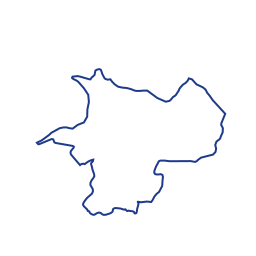 outline of Taraba, rotated 50°
{"feature_id": "NGA-2848", "entity_name": "Taraba", "entity_type": "State", "adm_level": 1, "iso_a3": "NGA", "parent_name": "Nigeria", "parent_adm1": "", "projection": "albers", "projection_center": [10.823, 8.016], "detail": "fine", "context": "isolated", "style": "outline", "palette": "blue", "viewbox_px": 256, "rotation_deg": 50, "n_neighbors": 0, "source": "natural_earth", "source_scale": "10m", "svg_char_len": 2800}
<svg xmlns="http://www.w3.org/2000/svg" viewBox="0 0 256 256"><g transform="rotate(50 128 128)"><path d="M199.6,157.8L196.5,160.8L193.3,165.7L192.2,166.7L191.3,167.4L190.9,167.9L191.2,168.2L192.4,168.4L193.2,169.1L195.8,172.9L197.8,175.1L198.5,176.4L198.0,177.6L197.5,177.8L197.1,177.7L196.6,177.5L196.0,177.4L195.3,177.7L194.7,178.0L192.5,180.1L191.7,180.6L191.5,181.1L191.4,181.6L191.1,182.0L190.8,182.1L189.9,182.2L189.4,182.3L188.8,182.2L188.6,182.3L188.4,182.6L188.2,183.3L188.0,183.5L184.9,185.5L181.7,188.5L180.8,189.8L180.5,191.2L180.8,192.0L182.0,193.3L182.2,194.3L182.1,195.7L181.7,197.1L180.2,200.7L179.0,202.4L177.6,203.2L175.5,203.5L174.1,204.6L173.3,206.4L173.0,208.6L172.7,209.8L171.6,210.8L170.3,211.4L169.0,211.7L168.4,211.7L167.2,211.4L166.7,211.4L166.5,211.5L165.9,212.0L165.6,212.1L165.2,212.1L164.6,211.7L164.3,211.6L162.8,211.8L159.5,212.1L158.1,211.9L157.2,211.1L156.2,208.6L155.3,204.5L155.2,202.4L155.2,200.3L155.1,197.8L154.1,195.7L152.3,194.3L147.4,193.4L145.7,191.7L144.6,189.3L144.1,186.9L143.3,184.8L141.5,183.6L137.2,182.0L133.5,180.1L132.1,179.6L131.2,178.8L130.9,176.2L129.9,175.0L129.2,176.5L128.5,178.4L128.1,180.4L127.8,184.4L127.5,184.6L127.2,184.7L126.9,184.9L126.3,185.8L125.8,186.5L125.6,187.4L125.6,188.6L112.0,188.7L110.6,188.3L109.5,187.4L108.9,186.4L108.2,182.5L107.7,181.6L107.0,181.5L105.8,182.2L92.9,193.1L91.6,193.6L90.6,193.3L89.6,192.8L88.3,192.7L87.3,193.8L83.3,206.5L83.2,206.7L82.6,207.2L80.7,207.2L82.0,202.1L82.6,193.1L82.4,189.8L84.2,180.6L85.8,177.5L87.9,174.8L90.6,172.9L92.9,170.8L93.3,164.5L95.4,158.2L93.1,152.0L87.7,147.2L83.0,141.3L77.0,137.1L69.0,136.2L60.9,136.4L58.9,136.8L55.3,138.4L53.7,138.7L53.0,137.5L55.9,133.2L57.8,131.7L65.4,126.6L66.5,125.7L66.3,124.3L65.9,123.3L66.0,122.3L65.9,119.6L63.1,116.1L63.3,114.5L63.9,113.1L64.7,111.9L66.0,111.4L68.6,112.3L69.8,112.9L71.3,113.2L72.9,113.6L74.4,113.9L75.9,113.8L78.0,112.4L79.4,110.2L82.3,110.4L86.2,110.1L90.0,109.0L93.4,106.4L96.5,103.3L100.0,100.8L103.7,98.8L105.2,97.5L107.9,94.2L109.1,92.3L111.7,89.2L123.8,86.3L132.1,82.2L133.9,78.8L133.8,76.7L133.2,73.4L133.5,71.8L133.5,70.3L132.0,65.2L131.2,63.8L130.7,62.2L130.1,58.2L130.5,54.8L130.2,52.0L129.1,49.5L131.9,47.7L138.5,47.5L145.0,44.5L148.4,43.9L152.0,44.7L155.6,44.7L161.2,45.2L179.6,44.4L184.4,53.5L185.7,54.7L187.5,55.0L189.2,55.5L192.2,58.3L194.0,62.1L195.0,63.6L195.5,65.3L195.3,67.1L195.3,69.0L197.1,72.1L200.4,73.7L202.6,76.4L203.0,80.0L197.7,91.0L197.4,94.7L197.6,96.6L197.1,98.4L193.6,101.3L180.1,117.6L176.7,120.7L173.8,124.1L173.3,125.7L175.6,131.4L177.7,135.2L179.2,136.7L180.9,136.8L182.3,135.6L183.4,134.2L184.4,132.6L186.1,131.8L188.0,132.7L189.3,134.2L194.4,139.1L196.9,145.2L196.9,148.7L197.6,152.2L198.9,155.1L199.6,157.7L199.6,157.8L199.6,157.8Z" fill="none" stroke="#1e3a8a" stroke-width="2"/></g></svg>